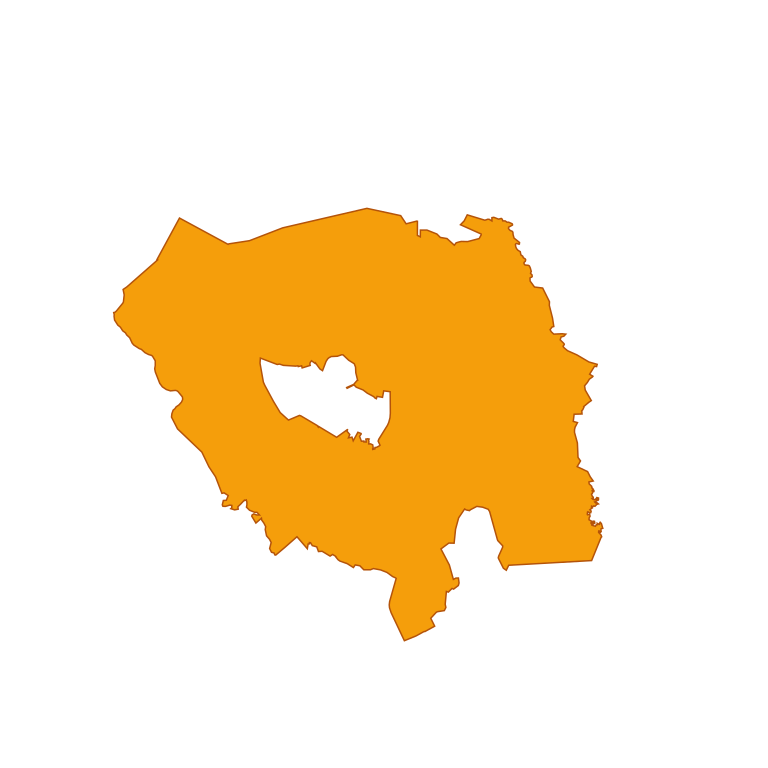 Baldones pag., Baldones, Latvia, rotated 213°
{"feature_id": "27541924B60801434690140", "entity_name": "Baldones pag.", "entity_type": "district", "adm_level": 2, "iso_a3": "LVA", "parent_name": "Latvia", "parent_adm1": "Baldones", "projection": "mercator", "projection_center": [24.339, 56.727], "detail": "fine", "context": "isolated", "style": "filled", "palette": "amber", "viewbox_px": 768, "rotation_deg": 213, "n_neighbors": 0, "source": "geoboundaries", "source_scale": "gbopen_adm2", "svg_char_len": 6172}
<svg xmlns="http://www.w3.org/2000/svg" viewBox="0 0 768 768"><g transform="rotate(213 384 384)"><path d="M382.5,181.2L381.6,181.6L378.2,192.8L373.8,208.5L358.6,204.1L360.5,208.5L359.5,209.3L360.2,210.4L359.2,210.9L356.1,209.4L351.7,210.8L347.7,207.8L344.8,210.0L335.5,210.3L334.2,213.1L330.4,213.1L330.2,212.7L326.8,211.6L324.4,211.5L317.0,213.3L309.7,213.4L309.6,216.6L305.2,218.4L299.8,217.2L294.2,220.8L292.4,223.4L285.7,226.2L278.9,227.6L272.0,227.2L268.6,227.7L267.9,227.6L260.8,204.6L259.3,201.6L257.5,199.3L253.5,196.1L227.1,179.8L219.9,190.2L215.5,198.4L214.9,198.6L209.6,208.5L217.2,213.0L215.8,221.1L215.1,222.2L210.0,226.8L210.4,230.3L212.7,232.6L218.7,244.0L216.7,244.5L215.6,249.6L213.9,249.9L211.9,255.5L212.7,258.0L215.9,261.8L218.0,260.4L219.4,257.9L230.6,267.8L246.4,276.7L243.0,285.9L238.5,288.7L244.9,301.2L248.5,312.4L248.3,323.1L246.6,323.1L243.3,324.4L243.1,325.5L239.5,331.9L234.2,334.4L228.4,335.7L225.9,334.5L204.1,315.2L203.2,314.6L196.3,312.9L195.6,311.7L194.1,302.2L193.6,300.6L193.1,300.1L183.5,294.5L180.0,294.4L180.7,299.9L113.7,349.0L118.4,373.5L118.2,374.4L119.8,375.6L123.2,376.4L123.9,377.7L123.7,378.0L122.5,377.8L122.1,377.3L121.6,377.6L121.6,378.8L122.5,379.5L123.1,380.9L121.9,382.1L125.7,385.4L127.4,385.8L127.4,384.5L126.8,383.7L127.0,383.4L129.3,383.3L128.5,382.2L129.3,381.6L129.2,379.8L132.7,378.8L133.2,379.0L133.2,379.5L132.3,380.3L131.4,382.1L132.7,383.5L133.9,382.9L133.7,382.1L133.1,381.7L133.7,381.4L134.1,380.1L134.6,380.0L134.8,380.2L134.7,381.2L135.3,382.0L138.1,381.8L139.1,383.6L139.1,385.2L140.1,386.4L140.9,386.6L141.9,385.2L142.3,385.2L142.8,385.9L143.6,387.5L143.5,387.9L141.0,388.1L140.5,388.6L141.0,390.2L142.9,390.7L141.9,393.3L142.7,393.3L143.4,394.6L142.0,394.8L141.7,396.0L140.5,396.3L139.9,399.1L138.9,400.2L140.8,400.4L141.7,399.5L143.1,399.8L142.4,400.7L141.8,402.4L141.1,403.2L141.1,403.8L142.0,405.2L143.7,404.7L143.7,404.3L142.8,403.6L142.8,402.4L143.7,403.0L144.1,402.7L144.2,401.7L146.0,401.0L147.2,401.3L146.3,402.1L146.8,403.0L148.4,403.4L150.0,404.7L149.7,405.8L150.2,407.2L149.4,408.0L149.6,408.7L150.5,409.2L150.5,408.2L151.2,407.7L151.5,408.0L151.3,409.0L151.7,409.9L152.8,410.2L153.1,409.4L153.1,410.2L154.1,411.3L157.6,412.0L158.8,413.5L155.7,416.6L160.5,418.5L165.5,421.4L177.0,419.9L177.3,426.5L181.3,428.1L189.7,439.9L197.9,447.2L199.3,449.4L200.2,451.8L200.7,457.0L204.9,455.7L208.1,462.2L201.6,466.7L203.6,469.4L203.3,470.6L203.7,473.5L204.2,473.8L202.3,480.1L201.1,483.0L211.9,488.5L214.8,491.7L214.3,495.9L214.4,499.9L213.0,503.5L213.0,504.3L216.9,504.2L217.1,513.5L215.2,514.4L215.9,516.6L224.1,514.1L238.0,513.5L248.2,511.9L252.4,512.4L254.1,512.9L254.4,513.4L254.3,515.3L255.0,515.9L260.3,517.0L261.1,519.9L259.2,522.0L258.7,524.8L261.9,523.2L268.8,518.3L272.2,518.9L274.3,520.0L274.1,523.3L272.9,524.7L278.6,531.1L288.2,540.0L290.0,543.1L303.2,550.9L310.6,547.3L317.5,549.9L319.3,552.4L319.2,553.0L318.3,554.1L318.3,555.0L319.4,556.2L321.4,556.6L321.8,558.6L324.5,561.0L326.4,562.2L327.7,562.1L330.5,560.6L331.8,561.0L332.6,561.7L332.7,562.7L332.3,563.8L332.8,565.3L333.6,565.8L336.0,565.8L337.1,566.7L339.6,566.9L341.8,569.2L344.5,569.1L346.5,569.7L348.1,570.7L349.7,572.5L349.8,573.4L349.3,574.1L346.8,574.8L346.7,575.1L347.4,576.5L354.4,577.2L357.1,579.6L358.5,581.4L359.4,581.9L362.0,581.5L364.2,582.1L364.9,583.4L362.8,587.2L363.2,587.9L363.9,588.2L367.6,587.6L368.9,586.7L371.1,586.8L373.3,585.5L374.5,586.6L375.9,586.7L377.6,584.7L382.7,583.6L384.1,582.3L382.3,579.5L385.5,579.4L386.7,578.7L388.6,576.3L406.3,571.2L405.6,564.5L406.6,559.2L384.2,562.7L383.7,562.0L383.4,557.8L391.4,549.0L396.9,545.6L398.6,543.8L400.4,541.7L400.6,538.7L410.4,540.3L416.6,537.6L421.3,538.6L431.8,536.5L437.3,532.9L433.7,527.2L436.9,526.8L444.6,538.7L445.2,538.5L452.7,530.4L461.7,534.3L494.0,522.0L554.0,459.8L574.9,430.9L590.5,417.0L590.8,416.2L645.9,411.8L642.2,364.9L642.1,364.4L641.5,364.6L652.6,325.2L654.3,321.2L650.4,317.2L647.2,310.8L647.1,309.4L648.2,299.4L648.7,297.6L649.6,296.7L648.1,295.3L647.2,293.7L644.8,290.9L639.3,288.4L636.1,288.1L632.1,286.3L628.7,286.1L626.5,285.0L622.5,284.3L617.4,281.1L615.1,280.4L608.5,280.4L606.4,280.9L601.5,280.1L597.5,280.5L594.5,281.4L593.2,281.2L588.5,278.9L585.9,274.9L584.6,271.9L582.3,269.5L572.4,262.4L568.3,260.9L563.6,260.8L559.4,261.9L555.5,265.0L554.2,265.5L552.7,265.5L546.1,263.4L544.6,261.7L544.3,260.7L544.0,258.5L544.6,254.7L545.9,251.6L545.9,249.5L546.6,247.2L545.7,243.5L544.2,240.5L532.7,233.9L499.7,227.7L485.7,219.2L474.7,214.4L460.4,204.0L458.8,205.6L453.9,205.6L452.9,200.6L455.3,198.8L453.8,194.6L452.5,193.7L450.3,195.0L447.3,198.5L445.5,199.3L444.3,197.3L444.6,196.0L440.7,197.1L438.1,199.6L439.7,201.5L438.8,205.2L437.9,210.3L437.6,210.1L436.4,211.8L434.7,210.3L433.1,207.9L432.3,205.8L428.0,204.9L422.8,205.9L420.6,207.2L417.1,206.3L419.4,204.8L422.4,204.2L423.3,202.3L422.9,201.1L415.7,197.6L413.7,204.7L412.5,203.3L409.1,202.0L405.6,200.0L404.3,197.2L399.8,192.7L395.4,191.4L392.3,189.6L390.3,183.7L386.7,181.6L384.2,182.4L382.5,181.2ZM384.5,319.5L385.2,323.0L389.5,324.3L389.7,326.3L394.7,313.5L415.8,312.8L415.7,312.1L417.4,312.8L436.4,312.0L437.8,311.6L444.5,301.7L455.5,303.5L467.2,309.2L483.3,318.0L486.2,319.9L499.3,333.9L501.8,338.4L484.2,342.2L482.5,343.8L478.6,344.8L467.8,350.9L466.1,352.4L465.4,351.9L463.0,354.4L461.4,352.9L456.0,359.4L457.1,360.4L457.6,361.8L457.5,364.0L453.0,363.8L453.0,364.4L445.9,361.7L442.8,361.7L444.9,371.4L444.9,374.7L444.4,376.2L443.2,378.3L438.2,381.9L435.4,385.5L434.2,386.1L426.6,384.7L420.0,384.8L417.1,382.7L413.8,378.1L408.1,372.7L408.5,372.3L409.2,367.2L413.4,360.7L412.6,360.3L408.7,366.9L405.6,366.2L398.3,367.6L393.0,367.2L385.9,367.8L383.7,367.3L382.4,367.5L383.1,369.8L378.0,372.0L380.5,378.1L374.6,380.9L362.8,363.0L360.6,359.0L359.1,354.4L358.6,351.3L358.3,334.8L357.8,332.9L354.0,330.5L354.2,329.7L355.7,326.9L357.0,325.8L356.3,324.7L357.8,323.0L358.3,323.6L358.1,324.3L360.3,326.8L362.6,326.5L364.2,325.4L365.2,327.4L366.4,328.6L366.5,329.7L367.7,329.3L369.2,327.9L367.3,325.7L369.3,324.5L369.8,325.2L371.8,323.7L376.0,326.8L375.9,329.7L376.3,330.0L379.6,329.3L378.9,319.6L381.9,322.0L384.5,319.5Z" fill="#f59e0b" stroke="#b45309" stroke-width="1.5"/></g></svg>